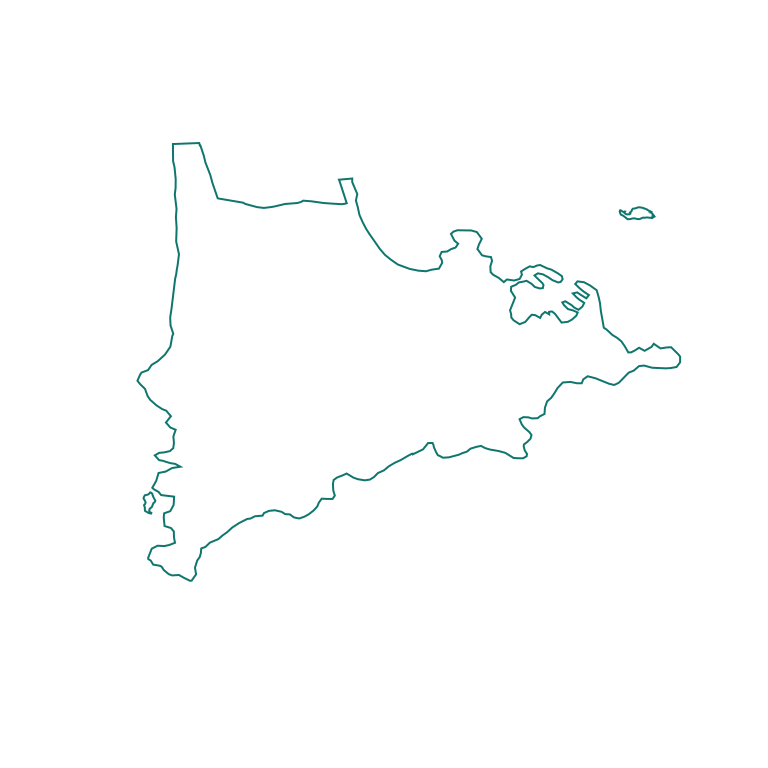 Dakar, Dakar, Senegal, rotated 288°
{"feature_id": "50182788B18539004609148", "entity_name": "Dakar", "entity_type": "district", "adm_level": 2, "iso_a3": "SEN", "parent_name": "Senegal", "parent_adm1": "Dakar", "projection": "robinson", "projection_center": [-17.439, 14.712], "detail": "fine", "context": "isolated", "style": "outline", "palette": "teal", "viewbox_px": 768, "rotation_deg": 288, "n_neighbors": 0, "source": "geoboundaries", "source_scale": "gbopen_adm2", "svg_char_len": 6120}
<svg xmlns="http://www.w3.org/2000/svg" viewBox="0 0 768 768"><g transform="rotate(288 384 384)"><path d="M529.4,245.8L524.7,234.4L518.6,224.3L517.2,221.5L514.3,215.3L513.0,208.6L512.4,196.6L512.9,193.9L509.2,168.8L509.3,168.4L522.2,158.7L529.1,154.2L539.5,145.7L545.7,141.9L554.2,135.6L554.0,135.1L556.1,133.8L547.0,109.1L530.9,114.5L525.2,117.9L514.4,122.6L506.1,125.2L499.5,126.5L486.4,132.6L478.5,134.5L468.2,138.6L455.3,142.3L444.1,148.9L433.3,151.0L429.3,151.5L423.8,152.5L419.8,152.8L390.2,158.6L381.2,160.1L373.7,162.9L366.6,168.1L364.4,167.8L353.4,169.3L344.3,166.6L335.7,161.7L330.4,157.1L324.3,155.3L320.0,149.9L317.7,149.2L310.9,148.5L308.4,152.3L305.5,158.2L299.5,162.9L296.7,166.5L293.4,174.1L291.6,180.7L291.3,185.2L287.5,191.3L280.0,188.5L276.6,194.2L276.1,200.0L269.0,199.9L263.1,202.4L257.9,203.4L254.0,201.1L251.0,196.0L249.0,191.4L245.3,188.1L242.1,193.6L242.6,197.1L242.7,205.1L243.5,210.1L242.4,215.9L238.6,208.4L233.3,203.5L229.7,197.1L221.4,197.3L213.7,195.7L212.7,197.9L211.7,202.9L209.5,206.4L212.0,219.2L204.0,221.3L197.0,220.0L193.1,214.9L189.1,215.7L181.1,219.2L181.2,225.8L178.8,229.7L173.1,231.7L168.4,234.3L164.5,229.5L162.0,225.2L160.2,218.6L155.6,214.0L145.7,213.4L144.6,214.0L144.0,216.7L140.9,220.3L141.9,227.2L141.4,229.2L139.0,232.0L136.6,238.2L136.5,241.7L139.0,248.0L137.9,253.3L136.9,260.3L137.5,261.8L144.9,264.1L150.9,261.0L158.4,260.9L162.4,262.2L166.6,262.1L171.1,261.0L173.9,264.5L179.4,267.5L185.3,274.4L190.0,277.2L194.6,280.6L200.6,284.0L206.9,289.1L213.4,295.6L214.7,298.5L218.3,302.1L221.3,309.2L224.1,309.7L227.8,313.8L230.2,319.3L230.8,326.1L229.7,330.2L230.9,334.8L229.3,339.5L229.9,344.9L233.2,349.3L237.0,352.8L242.2,356.3L247.0,358.4L251.1,358.7L255.7,360.2L257.0,365.0L258.8,370.6L262.7,371.7L267.0,368.7L273.2,366.3L277.2,365.8L280.6,368.3L284.4,373.0L287.3,376.1L285.5,383.9L285.4,388.7L286.4,395.3L288.7,400.1L292.4,403.2L297.5,405.8L301.8,410.6L307.2,414.0L312.3,418.5L316.9,423.5L322.9,428.8L326.3,432.1L326.6,432.9L326.1,433.2L333.9,441.3L341.5,444.2L342.9,448.4L341.4,449.8L339.3,451.0L335.5,454.4L332.9,457.2L332.8,459.1L332.1,462.8L334.3,468.4L340.0,477.2L342.5,479.9L345.2,483.7L349.2,486.2L352.8,491.3L355.1,495.4L354.3,500.0L354.4,504.9L355.7,514.0L356.0,520.7L353.7,530.1L355.0,535.1L356.3,539.2L359.4,542.0L361.7,541.6L364.4,538.3L368.1,536.0L369.8,535.8L373.1,538.1L377.2,540.2L381.0,540.1L383.1,537.3L385.9,530.7L388.2,527.5L392.4,523.8L395.5,526.7L396.9,531.5L397.0,535.5L399.0,540.7L401.6,542.4L405.1,545.9L411.2,544.4L417.8,544.5L422.6,547.3L427.8,548.9L433.8,550.3L440.7,553.6L443.6,560.7L444.3,567.1L445.8,571.8L450.0,572.1L454.3,575.3L454.8,583.3L453.8,598.0L454.2,603.2L457.2,606.4L458.2,607.2L470.4,613.2L473.9,617.4L479.8,621.0L481.9,625.6L482.3,633.9L486.0,647.3L487.8,651.8L490.6,657.0L496.1,658.9L501.5,657.2L503.1,654.9L507.7,645.7L506.0,641.3L503.3,636.0L505.6,628.1L502.0,627.0L496.1,621.6L497.3,615.4L493.4,612.2L490.5,609.3L489.5,606.6L494.3,601.3L497.9,596.6L499.9,591.5L501.2,586.1L504.6,578.8L505.4,575.7L520.4,567.7L527.7,564.4L532.2,561.8L538.9,557.3L541.4,549.5L542.6,542.8L541.4,536.3L538.2,535.0L535.5,540.5L533.7,545.0L531.9,551.4L528.0,549.9L529.5,543.9L530.8,539.4L528.5,535.6L526.0,540.2L524.6,543.6L523.0,549.4L518.8,548.7L514.7,546.1L515.4,541.6L517.0,537.9L518.7,530.9L516.7,528.4L514.7,530.7L512.1,535.8L512.4,541.1L511.9,546.1L508.3,545.8L503.3,542.8L500.0,539.7L497.3,533.9L503.6,524.9L504.9,521.4L503.7,518.7L501.3,519.6L502.3,514.9L498.6,512.6L495.1,512.1L496.2,506.5L495.5,503.1L492.3,501.5L486.7,499.2L482.8,494.5L484.6,487.6L486.6,484.5L489.8,483.3L493.0,481.1L506.7,482.0L511.8,475.9L515.8,474.9L519.0,478.7L522.3,480.9L524.5,485.0L526.2,487.7L524.9,493.3L522.9,497.4L523.0,502.5L524.2,505.4L527.4,505.1L528.9,503.4L532.8,495.3L533.8,493.6L536.8,496.2L537.4,501.2L536.3,507.1L534.8,512.2L534.4,518.2L535.6,520.4L538.7,521.5L541.5,520.0L543.0,515.1L544.5,507.9L544.4,503.4L545.4,495.7L543.9,492.8L541.3,489.9L540.9,486.2L537.5,483.0L533.4,479.6L530.5,481.4L525.8,480.5L522.6,475.7L521.4,468.6L517.9,466.5L520.3,460.6L521.7,453.8L523.4,450.8L528.8,448.8L534.5,448.7L537.8,446.5L536.9,441.5L536.7,437.4L541.3,431.1L546.1,431.2L552.3,432.1L557.2,425.4L557.0,419.6L552.9,406.3L550.4,403.0L547.5,401.3L542.1,406.7L540.3,411.2L535.9,409.9L533.1,406.2L529.6,403.2L527.4,398.0L522.7,397.5L519.6,400.7L517.3,401.9L510.7,400.6L507.4,393.9L504.2,389.1L502.4,381.6L501.4,372.9L501.9,360.3L504.4,352.1L507.1,345.0L511.2,338.3L522.3,323.6L526.0,319.1L531.2,313.8L537.2,308.4L544.1,304.4L549.8,300.6L556.4,299.9L562.0,295.0L566.2,291.4L569.6,290.3L564.4,278.1L564.2,278.3L544.4,292.7L543.3,291.0L541.9,288.1L540.0,280.8L537.5,270.8L535.3,258.4L533.4,250.5L531.5,248.8L529.4,245.8ZM622.2,554.9L621.0,554.8L619.9,555.5L619.6,555.9L619.2,556.0L618.4,556.8L618.2,557.3L618.2,558.1L618.1,558.8L617.5,560.9L616.0,564.8L616.8,566.9L618.5,569.7L619.0,571.4L619.1,573.3L619.4,574.9L619.8,576.0L620.2,576.6L621.1,577.5L621.2,577.8L621.9,578.4L622.4,579.3L622.6,580.4L623.7,582.7L624.3,585.7L624.5,586.1L624.6,587.7L624.8,587.9L625.3,587.9L625.8,588.7L626.1,588.8L626.5,589.2L626.7,587.4L626.9,587.4L627.2,588.7L627.6,588.7L627.7,587.5L628.4,587.4L628.6,586.8L629.2,586.1L629.4,585.5L629.9,585.4L629.6,584.7L629.9,584.7L630.1,584.3L630.0,584.9L630.3,585.0L630.4,584.5L630.2,583.9L630.5,584.0L630.6,583.9L630.3,583.0L630.7,582.4L631.1,580.2L631.3,580.0L631.2,579.6L631.5,577.4L631.5,577.0L631.3,576.7L631.5,575.2L630.9,572.1L630.7,571.4L628.7,568.7L627.6,566.5L626.3,566.0L624.8,566.0L623.2,565.0L623.0,565.5L622.2,565.7L621.6,565.4L621.1,564.8L621.1,564.4L620.6,563.3L620.3,561.7L620.9,560.0L621.2,559.5L622.5,559.9L622.5,559.7L621.7,559.0L621.6,558.8L621.7,557.8L622.3,555.4L622.2,554.9ZM206.0,193.8L204.3,191.0L202.0,190.5L200.6,190.8L199.8,192.0L198.5,193.2L197.5,193.9L196.1,193.9L194.6,193.2L192.7,194.7L191.1,195.2L189.5,195.9L188.6,200.1L188.8,202.5L189.5,202.6L189.7,202.0L189.7,200.9L191.3,199.7L192.9,199.7L195.5,201.3L197.0,201.3L199.4,201.5L200.7,202.4L202.3,202.6L204.9,199.9L207.0,198.1L207.9,197.7L208.4,196.7L208.7,195.8L208.6,195.1L207.4,194.7L206.0,193.8Z" fill="none" stroke="#0f766e" stroke-width="2"/></g></svg>